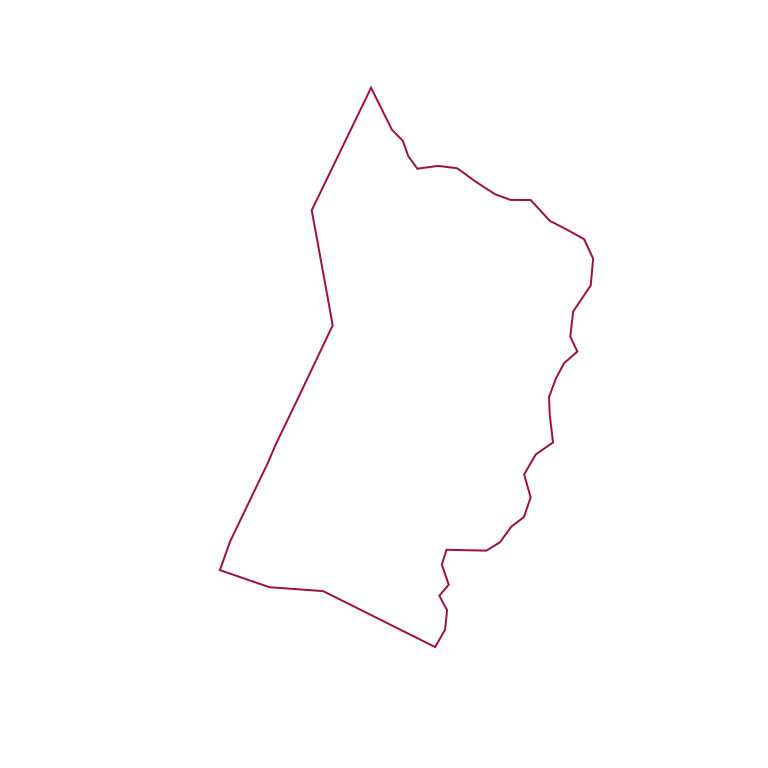 Serra Redonda, Paraíba, Brazil, rotated 139°
{"feature_id": "56859067B59218361658405", "entity_name": "Serra Redonda", "entity_type": "district", "adm_level": 2, "iso_a3": "BRA", "parent_name": "Brazil", "parent_adm1": "Paraíba", "projection": "natural_earth1", "projection_center": [-35.671, -7.175], "detail": "fine", "context": "isolated", "style": "outline", "palette": "rose", "viewbox_px": 768, "rotation_deg": 139, "n_neighbors": 0, "source": "geoboundaries", "source_scale": "gbopen_adm2", "svg_char_len": 766}
<svg xmlns="http://www.w3.org/2000/svg" viewBox="0 0 768 768"><g transform="rotate(139 384 384)"><path d="M294.8,229.0L279.0,252.2L268.0,265.9L250.0,275.7L234.3,281.6L216.8,281.6L212.3,297.6L193.7,314.6L163.3,322.8L143.9,341.4L138.0,362.0L144.7,380.6L151.8,398.2L152.6,426.6L167.8,440.0L175.7,454.4L182.2,476.9L187.2,498.8L200.2,513.2L217.6,524.6L216.2,540.0L210.3,555.0L211.2,570.7L199.4,616.1L213.1,610.2L324.6,562.5L367.7,489.7L384.3,461.9L465.3,426.6L505.6,409.3L523.1,400.8L603.3,366.2L630.0,351.2L603.8,305.8L565.8,267.6L518.0,151.9L499.1,158.5L484.8,171.9L481.1,187.9L466.8,190.1L458.9,209.7L445.6,217.9L416.1,191.1L400.3,188.5L381.5,192.8L365.7,191.8L347.7,202.2L337.6,223.8L315.6,231.3L294.8,229.0Z" fill="none" stroke="#9f1239" stroke-width="2"/></g></svg>